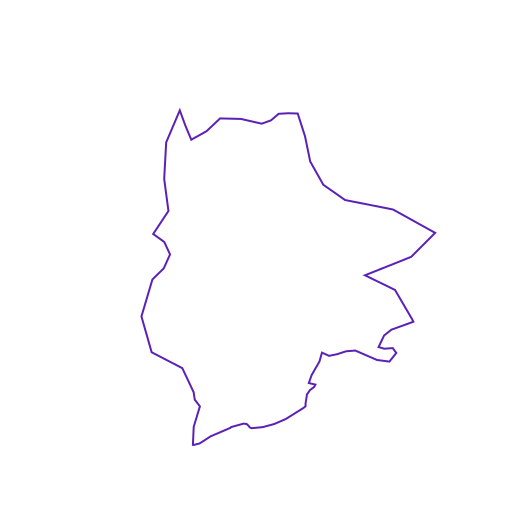 outline of El Seybo, rotated 145°
{"feature_id": "DOM-1986", "entity_name": "El Seybo", "entity_type": "Province", "adm_level": 1, "iso_a3": "DOM", "parent_name": "Dominican Republic", "parent_adm1": "", "projection": "mercator", "projection_center": [-69.039, 18.789], "detail": "fine", "context": "isolated", "style": "outline", "palette": "violet", "viewbox_px": 512, "rotation_deg": 145, "n_neighbors": 0, "source": "natural_earth", "source_scale": "10m", "svg_char_len": 1075}
<svg xmlns="http://www.w3.org/2000/svg" viewBox="0 0 512 512"><g transform="rotate(145 256 256)"><path d="M164.8,111.9L187.4,118.0L196.7,117.4L207.8,111.1L204.1,106.5L196.8,102.1L196.7,96.1L207.3,93.0L216.5,101.4L228.9,121.6L236.9,126.3L245.8,129.0L253.4,132.3L257.4,139.0L264.5,133.2L278.8,126.5L285.6,121.6L281.1,116.6L283.3,115.4L288.6,115.2L293.6,113.4L299.8,107.0L301.6,104.5L304.0,104.3L325.1,105.4L337.4,107.9L348.5,111.9L358.3,117.4L359.4,119.1L359.5,121.3L360.0,123.7L362.3,125.8L374.4,130.1L375.5,129.9L396.5,134.3L409.7,134.8L415.0,136.8L416.0,137.5L405.0,151.8L388.2,165.0L388.6,173.4L385.2,180.2L380.7,206.4L396.7,237.0L384.5,272.2L354.3,296.2L338.6,298.8L325.5,306.6L323.1,320.1L327.6,333.0L301.9,343.1L287.0,371.8L264.4,400.6L234.9,419.0L239.2,402.8L242.3,388.4L225.0,386.6L206.5,389.3L189.7,376.9L175.4,361.1L165.8,358.5L155.9,359.5L147.8,354.5L140.1,348.8L147.2,325.9L157.4,302.3L160.0,275.7L150.9,250.7L117.1,215.5L96.0,172.2L129.3,166.3L177.8,177.7L161.6,148.4L164.4,114.3L164.5,114.1L164.8,111.9Z" fill="none" stroke="#5b21b6" stroke-width="2"/></g></svg>